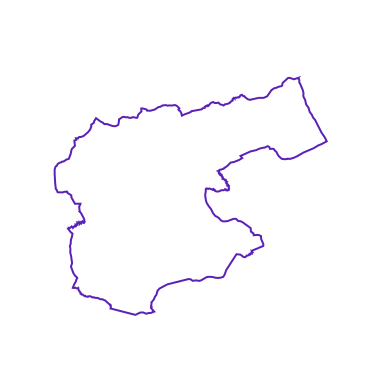 outline of Dan Khun Thot, Nakhon Ratchasima, Thailand, rotated 161°
{"feature_id": "78962969B23608126314551", "entity_name": "Dan Khun Thot", "entity_type": "district", "adm_level": 2, "iso_a3": "THA", "parent_name": "Thailand", "parent_adm1": "Nakhon Ratchasima", "projection": "orthographic", "projection_center": [101.7, 15.236], "detail": "fine", "context": "isolated", "style": "outline", "palette": "violet", "viewbox_px": 384, "rotation_deg": 161, "n_neighbors": 0, "source": "geoboundaries", "source_scale": "gbopen_adm2", "svg_char_len": 6100}
<svg xmlns="http://www.w3.org/2000/svg" viewBox="0 0 384 384"><g transform="rotate(161 192 192)"><path d="M142.2,117.8L141.5,119.6L141.9,124.4L141.8,125.7L141.1,127.8L142.5,129.3L144.1,130.2L147.7,131.0L147.4,133.0L148.1,133.5L148.5,134.7L149.2,135.3L148.3,138.8L154.2,147.2L156.1,148.9L157.2,149.2L157.9,149.7L159.0,152.1L160.0,152.7L161.8,153.1L167.7,152.9L170.1,153.4L172.5,154.3L173.9,155.8L175.0,158.4L176.3,160.3L177.8,161.8L179.0,165.1L179.6,169.8L180.9,173.5L181.7,177.2L181.5,180.2L180.6,184.5L180.2,185.6L178.9,187.8L178.1,190.2L177.0,190.7L175.9,189.6L174.6,189.8L172.4,188.0L170.6,187.9L170.5,187.1L170.8,186.9L169.8,186.5L169.9,185.6L169.1,184.8L167.5,184.0L165.5,183.8L163.8,184.2L161.7,183.4L160.4,183.5L159.9,183.9L159.6,183.6L159.2,183.5L159.2,182.6L158.7,182.5L158.3,181.9L156.6,181.9L156.5,182.5L156.2,182.7L156.4,183.0L155.8,183.4L155.8,184.9L155.4,185.3L155.6,185.5L155.3,185.9L156.0,186.3L155.6,186.5L155.9,186.8L155.6,186.8L155.6,187.3L156.0,187.6L156.1,188.5L156.5,188.9L156.3,189.1L156.6,189.3L156.2,190.0L156.4,190.3L156.1,190.4L156.4,190.6L156.0,190.9L156.0,192.1L156.2,192.7L157.1,193.3L157.4,193.0L157.9,194.1L158.7,194.4L158.2,195.0L158.1,195.8L158.6,195.9L158.7,196.2L158.5,196.7L158.7,197.2L158.4,197.4L158.4,198.2L158.7,198.1L159.8,198.7L159.5,199.3L159.1,199.0L158.9,199.2L159.3,200.2L160.0,200.2L160.5,200.6L160.4,201.3L159.9,201.1L159.9,201.8L159.6,202.2L159.7,202.8L160.4,203.4L159.1,203.5L158.7,204.0L157.0,203.7L154.5,203.7L154.2,204.1L153.3,204.1L152.6,204.5L150.4,205.0L146.0,207.2L142.2,206.7L136.9,207.0L133.5,207.7L134.4,210.3L123.3,211.3L117.7,210.7L114.4,211.0L110.8,210.8L108.9,210.3L105.7,210.7L105.2,210.5L104.2,209.2L104.3,207.4L101.3,206.5L100.7,206.0L100.0,203.8L99.2,202.5L98.7,199.1L98.2,197.4L96.3,194.1L93.2,192.6L91.1,192.4L90.8,192.1L90.3,192.2L88.7,191.4L85.0,191.2L80.8,191.6L73.8,193.0L62.7,193.8L57.6,194.9L54.0,195.1L48.1,196.1L48.7,200.7L50.2,205.9L52.2,220.4L53.2,222.6L53.6,226.2L54.6,229.3L54.4,233.9L55.6,237.6L55.0,242.6L55.5,244.7L55.5,246.5L54.3,249.5L54.1,252.8L54.5,258.8L54.9,260.4L54.1,263.0L54.1,264.8L54.9,265.0L54.4,265.3L58.9,265.4L62.6,268.2L64.2,268.5L70.6,265.7L71.2,265.1L71.9,263.6L72.7,263.0L75.9,263.3L78.1,263.1L80.8,263.3L83.8,262.4L89.8,258.0L93.6,257.7L98.3,259.3L107.3,260.3L109.1,261.6L111.1,264.7L111.2,265.4L111.6,265.8L112.3,265.9L113.1,267.6L113.6,267.4L114.1,267.7L114.9,267.6L115.7,266.6L116.3,266.3L116.8,266.5L117.1,266.2L118.0,266.7L119.3,266.5L120.1,267.1L121.5,266.9L121.6,267.3L121.6,267.0L121.8,267.3L122.5,266.7L123.1,266.9L123.5,266.0L124.0,265.7L123.9,265.2L125.1,265.1L126.9,264.2L127.3,264.3L127.7,263.8L130.7,263.9L132.3,264.2L133.9,263.5L135.0,264.5L136.8,265.6L137.9,267.9L139.7,268.1L141.8,268.9L142.6,270.2L144.9,270.1L147.0,269.1L148.5,268.0L149.6,268.1L149.4,268.9L150.7,268.8L152.2,268.5L152.5,267.4L154.9,267.7L155.9,267.0L166.3,268.6L166.7,268.2L168.4,267.9L174.3,267.8L176.7,267.5L176.4,270.7L177.1,272.9L177.8,273.4L178.0,274.4L176.7,275.3L178.3,278.4L179.7,279.7L183.2,280.4L185.7,281.4L186.9,281.5L188.0,282.4L189.3,282.9L191.7,283.4L193.9,282.9L196.2,283.2L200.3,282.1L205.0,282.4L208.0,283.6L207.9,284.4L209.1,285.6L211.9,287.3L212.8,287.5L213.6,284.6L217.5,282.8L219.2,280.5L219.9,280.0L223.7,282.1L225.5,281.9L227.4,282.7L228.5,283.7L230.6,284.3L231.8,285.2L233.2,285.5L237.3,284.5L238.6,281.6L239.7,279.8L240.2,279.3L243.2,279.2L244.4,279.6L246.2,280.7L250.3,284.0L252.5,284.6L253.3,285.5L253.4,286.3L255.3,288.1L258.7,293.0L261.6,290.7L262.4,289.3L265.4,288.5L265.9,286.6L266.5,286.1L267.6,284.5L270.5,282.6L275.8,280.4L277.1,280.2L279.3,280.2L280.7,280.7L282.1,280.3L282.3,279.8L284.3,280.6L284.4,279.0L286.5,278.9L287.7,273.7L291.6,271.8L292.6,270.5L294.2,267.7L297.6,263.5L300.8,263.5L301.5,263.1L303.5,262.7L305.0,263.0L306.0,262.6L307.2,262.8L309.8,262.3L311.3,260.8L312.8,260.4L314.6,257.9L316.2,253.1L318.4,245.2L319.8,239.2L319.3,238.6L319.2,235.7L318.9,235.4L314.4,233.7L312.7,233.8L311.1,233.2L310.3,233.3L309.9,232.9L310.0,231.6L307.2,228.2L307.8,226.1L306.5,219.0L301.3,217.2L301.7,216.5L303.4,215.1L304.3,211.3L304.4,210.0L304.6,210.0L303.8,208.2L302.9,202.5L303.1,198.8L304.2,197.9L305.0,198.4L304.8,199.1L305.1,199.9L305.6,199.6L306.5,199.9L307.1,198.5L307.5,199.0L308.4,198.5L307.9,199.6L308.4,199.8L308.6,200.4L309.0,200.0L309.4,200.2L309.2,199.8L309.4,199.2L309.9,199.9L310.6,199.4L310.9,199.6L311.5,198.3L312.4,198.6L312.8,199.1L313.2,198.3L313.1,197.4L313.9,197.5L314.6,198.0L314.9,198.6L314.9,198.2L315.4,197.7L315.2,197.3L316.2,196.8L316.3,197.6L316.5,197.6L317.1,198.6L318.3,197.9L318.6,198.1L320.0,197.6L320.3,198.0L320.5,197.5L320.8,197.9L321.2,197.8L319.7,193.3L318.5,191.6L320.0,188.9L322.1,186.1L323.6,182.5L325.2,180.4L325.3,178.5L326.9,174.0L327.1,171.2L328.5,163.8L330.7,160.9L330.6,154.1L329.8,150.8L328.8,149.2L328.5,148.0L329.8,146.9L331.0,145.2L333.6,142.9L335.9,140.2L335.1,139.7L333.3,139.5L332.4,138.4L331.7,138.1L330.8,138.3L331.1,136.4L331.0,135.4L330.6,134.7L330.7,134.3L330.2,133.5L330.5,132.3L330.1,132.1L330.3,131.8L329.6,130.9L328.8,130.7L328.2,129.4L326.8,128.6L326.9,128.1L324.6,126.8L324.3,127.1L323.0,126.9L321.9,126.4L320.1,124.5L319.0,124.4L318.1,123.5L315.6,122.5L313.6,120.5L311.5,119.6L309.2,117.4L307.0,113.2L306.0,112.2L305.7,111.4L306.3,111.1L306.1,109.8L306.5,109.1L306.4,108.6L306.8,108.3L285.9,94.5L285.1,94.3L280.2,94.9L277.4,94.0L274.9,91.8L272.6,91.7L269.9,91.0L269.0,91.2L268.2,91.0L267.7,91.2L267.7,91.5L266.7,91.3L268.5,95.6L268.4,96.1L267.5,96.5L267.8,97.6L266.6,99.6L266.4,100.7L263.0,102.9L261.2,105.0L259.2,106.3L256.8,109.8L254.2,111.3L245.3,112.7L223.5,110.8L221.6,109.8L220.3,107.8L216.9,107.1L214.1,105.6L212.2,105.5L205.6,106.8L203.0,106.1L200.3,105.0L198.1,103.5L195.3,102.2L192.7,101.7L190.1,101.6L188.2,103.1L185.1,107.0L170.2,118.7L166.6,117.0L164.4,113.7L163.1,113.1L162.3,113.2L161.0,114.1L160.2,113.7L158.9,113.8L158.7,114.2L158.2,114.1L158.3,114.4L157.3,114.8L157.2,114.4L156.8,114.2L155.8,114.8L155.4,114.4L155.1,115.0L154.7,115.1L155.0,115.4L154.8,115.7L155.1,115.9L154.9,116.7L154.5,116.2L154.4,116.8L153.9,117.0L142.2,117.8Z" fill="none" stroke="#5b21b6" stroke-width="2"/></g></svg>